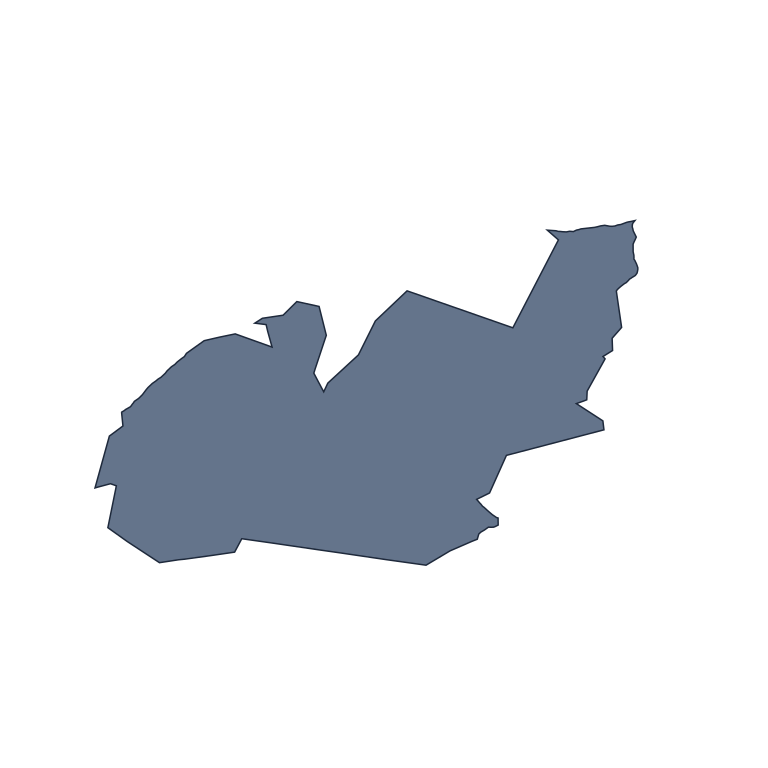 outline of San Felipe Tejalápam, Oaxaca, Mexico, rotated 210°
{"feature_id": "50627088B66881116588394", "entity_name": "San Felipe Tejalápam", "entity_type": "district", "adm_level": 2, "iso_a3": "MEX", "parent_name": "Mexico", "parent_adm1": "Oaxaca", "projection": "mercator", "projection_center": [-96.886, 17.081], "detail": "fine", "context": "isolated", "style": "filled", "palette": "slate", "viewbox_px": 768, "rotation_deg": 210, "n_neighbors": 0, "source": "geoboundaries", "source_scale": "gbopen_adm2", "svg_char_len": 2571}
<svg xmlns="http://www.w3.org/2000/svg" viewBox="0 0 768 768"><g transform="rotate(210 384 384)"><path d="M582.3,149.5L580.4,151.5L571.0,160.9L564.9,162.0L563.9,159.1L551.3,121.5L527.5,119.2L489.1,117.0L474.1,129.0L469.2,132.5L448.7,148.4L429.3,163.7L429.8,178.9L399.0,191.3L385.4,196.7L357.5,207.8L336.1,216.4L294.5,232.9L257.0,248.1L243.3,272.6L229.1,291.8L225.6,296.2L226.9,301.5L226.0,304.3L224.0,307.8L222.0,312.2L219.4,313.6L217.4,314.9L216.3,316.3L214.6,318.9L215.7,320.8L216.5,322.1L218.2,325.0L219.9,324.6L222.0,324.8L224.9,325.0L228.7,325.7L232.1,326.4L235.6,327.2L237.6,327.4L240.0,328.4L241.5,328.8L243.7,329.6L246.1,330.4L238.1,342.4L242.3,383.4L170.6,454.3L176.0,461.5L207.6,463.2L202.5,469.2L200.5,471.7L204.5,479.4L205.1,516.3L208.1,517.3L202.8,527.3L209.3,537.7L206.5,551.8L229.3,580.7L229.1,582.5L228.5,584.6L227.6,587.2L226.7,589.4L225.9,591.3L224.9,592.9L224.4,594.8L224.1,595.9L223.8,597.7L223.2,598.6L222.5,600.2L221.7,601.6L220.6,603.7L220.3,606.5L220.8,608.3L221.4,610.0L222.3,611.6L223.9,613.0L225.7,614.5L226.8,615.2L228.5,616.4L230.1,617.2L230.8,618.6L232.0,620.5L233.3,621.9L234.5,623.3L235.4,624.9L237.0,627.6L238.2,629.7L238.5,632.1L238.7,634.9L239.0,637.4L241.1,638.8L242.9,640.0L244.8,641.3L246.0,642.7L247.5,644.1L248.6,646.2L248.9,647.9L248.4,651.0L251.1,648.5L253.6,646.4L254.8,645.2L256.2,643.5L258.6,640.6L261.2,638.5L263.0,636.3L265.3,634.6L267.4,633.5L272.2,631.8L275.5,629.2L278.0,626.7L280.0,624.9L291.0,616.8L292.4,615.2L294.3,613.5L296.2,610.7L299.6,609.1L302.1,606.9L305.2,605.3L307.5,604.3L309.4,603.3L311.7,602.7L319.5,598.9L305.0,596.0L300.5,497.1L410.6,476.2L423.0,434.3L420.7,396.4L433.1,356.7L432.3,347.1L436.2,349.5L438.4,350.9L441.5,352.8L450.2,358.3L450.3,358.8L450.4,359.0L450.5,359.7L451.1,362.3L457.4,392.8L458.3,397.3L479.0,418.7L500.7,411.8L505.8,393.1L510.1,389.7L522.2,380.1L526.3,372.1L515.8,376.5L511.1,371.5L499.4,360.0L537.9,353.0L539.7,351.4L549.7,342.5L555.2,337.4L561.4,331.6L570.4,311.8L570.6,307.9L572.0,304.9L572.8,302.9L574.1,299.6L574.9,296.4L576.7,292.7L578.4,287.0L578.8,283.9L580.5,278.3L582.1,275.3L583.2,272.3L584.9,268.7L586.6,263.0L587.1,260.3L587.6,256.2L587.9,253.9L589.3,248.8L591.5,244.2L591.6,243.7L591.5,243.4L591.5,243.2L591.6,242.4L591.7,241.6L591.9,240.5L592.0,238.9L592.2,237.8L592.4,237.2L592.9,236.4L593.1,236.1L593.4,235.4L593.6,235.2L594.0,234.5L594.7,233.2L594.8,233.2L595.2,232.2L595.3,232.0L595.4,231.9L595.6,231.2L596.3,229.9L597.2,228.5L597.4,228.3L597.2,228.4L589.1,217.1L595.1,203.2L595.8,201.6L582.3,149.5Z" fill="#64748b" stroke="#1e293b" stroke-width="1.5"/></g></svg>